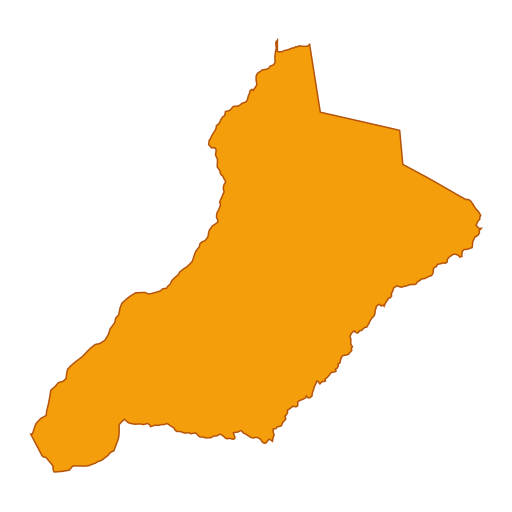 Arame, Maranhão, Brazil
{"feature_id": "56859067B58092431087788", "entity_name": "Arame", "entity_type": "district", "adm_level": 2, "iso_a3": "BRA", "parent_name": "Brazil", "parent_adm1": "Maranhão", "projection": "mercator", "projection_center": [-45.954, -4.991], "detail": "fine", "context": "isolated", "style": "filled", "palette": "amber", "viewbox_px": 512, "rotation_deg": 0, "n_neighbors": 0, "source": "geoboundaries", "source_scale": "gbopen_adm2", "svg_char_len": 5775}
<svg xmlns="http://www.w3.org/2000/svg" viewBox="0 0 512 512"><path d="M42.1,455.8L43.4,456.9L45.9,457.4L47.5,459.2L48.7,460.8L49.9,462.1L51.4,463.9L52.9,466.0L53.0,467.9L53.2,470.0L54.1,471.9L56.3,471.9L59.4,471.6L62.2,471.4L69.4,470.1L72.7,466.0L77.2,465.9L81.3,466.0L84.0,466.1L88.2,465.8L95.7,463.0L97.3,461.8L100.2,460.9L102.5,459.8L104.8,457.8L106.3,456.7L107.9,455.6L109.7,453.2L111.7,451.7L113.7,451.0L115.4,446.8L116.4,444.0L117.5,441.3L118.4,438.3L118.9,435.7L119.1,433.1L119.1,431.3L119.2,429.0L119.1,426.9L119.1,424.7L120.8,422.7L122.5,421.1L124.2,419.2L127.8,422.3L129.7,423.3L132.3,423.7L134.6,424.2L137.2,424.1L140.3,423.9L143.1,424.6L145.1,424.2L147.4,423.4L149.7,424.7L150.5,426.6L153.1,425.8L155.6,425.1L157.9,425.4L160.6,424.8L162.3,424.5L164.2,424.6L166.5,423.6L168.4,424.2L169.9,425.4L172.2,426.9L174.0,428.0L174.9,430.0L176.7,431.4L179.3,431.5L181.6,431.9L184.4,433.1L187.0,432.9L189.0,432.5L190.6,433.8L193.6,433.2L195.9,433.0L197.8,435.2L199.8,436.9L202.6,437.0L205.6,437.9L208.6,437.8L211.0,437.7L212.4,436.7L214.3,436.0L217.3,435.7L219.8,434.1L221.9,435.0L223.9,436.6L225.7,438.4L227.5,438.7L229.5,438.3L231.3,438.8L233.3,439.3L234.8,438.4L234.7,436.3L233.8,434.6L233.4,432.8L235.9,432.2L237.9,432.1L240.2,430.6L242.0,431.2L243.4,433.0L245.1,433.7L246.8,434.8L248.6,436.0L250.2,437.1L252.1,437.8L253.8,438.0L255.7,437.3L258.2,437.8L260.7,439.5L262.5,442.3L264.5,443.3L266.3,442.7L267.5,440.9L269.2,439.1L271.1,440.3L272.5,441.3L273.0,437.9L274.1,435.0L273.3,432.3L273.0,429.2L275.9,428.6L277.4,426.7L279.3,426.5L281.4,425.8L282.1,423.9L283.1,421.9L284.4,420.8L285.8,419.0L284.8,416.2L286.4,414.8L287.6,412.5L287.3,410.5L289.3,409.0L290.8,407.9L292.8,406.3L295.9,406.8L297.4,406.2L297.8,404.3L297.7,402.1L299.1,400.8L302.2,399.6L305.2,398.1L306.4,396.0L307.8,397.8L309.8,397.8L312.0,396.0L312.1,394.2L312.5,392.4L313.7,389.2L314.2,387.1L315.6,384.0L317.0,380.9L318.5,381.9L319.9,383.9L321.4,382.2L323.6,381.4L325.5,381.0L325.0,379.3L327.1,377.6L328.4,376.1L329.5,374.8L331.2,372.5L334.6,371.9L336.1,371.0L335.4,369.1L337.0,368.3L338.4,365.9L338.0,363.8L340.0,363.0L340.2,361.3L340.8,359.3L341.4,357.5L343.1,355.4L345.2,355.2L348.2,354.5L349.9,352.5L351.8,350.4L351.3,348.7L352.4,346.6L350.8,344.3L350.8,341.6L350.8,338.5L349.8,336.5L350.9,334.5L351.6,333.1L354.0,330.9L355.4,332.1L357.5,333.1L358.8,332.0L359.7,330.6L361.5,330.6L362.8,329.1L364.9,327.4L366.8,327.1L367.6,325.7L368.9,323.4L370.1,320.9L370.9,319.4L372.5,317.5L374.1,315.7L374.9,313.9L375.1,310.8L375.8,308.8L376.5,306.1L379.0,304.3L381.3,306.0L383.1,305.0L384.1,306.3L385.3,303.5L386.2,301.8L387.5,300.3L388.1,298.5L389.9,298.0L391.7,295.9L391.1,294.4L392.2,292.1L393.2,289.8L393.7,287.8L395.5,286.8L397.1,285.7L398.6,286.5L401.4,287.2L404.4,286.3L406.8,285.8L409.1,284.9L412.0,284.4L414.0,284.6L415.9,284.1L417.3,281.9L419.2,280.9L421.6,279.0L424.5,278.6L426.9,277.5L429.1,276.3L431.4,275.7L432.8,273.7L433.2,272.0L433.3,269.3L434.4,267.5L436.4,266.5L437.3,264.5L439.0,264.0L441.3,263.6L443.3,262.8L445.0,263.3L447.0,262.3L447.6,259.0L449.3,256.9L450.8,256.0L452.3,254.9L453.8,254.2L455.7,254.3L458.3,255.3L459.9,257.1L461.9,256.5L461.8,253.8L462.4,251.2L464.0,249.5L465.7,249.5L468.2,249.0L470.0,248.3L472.1,247.6L472.5,245.1L472.5,243.0L473.1,240.8L474.2,238.8L474.8,236.9L476.6,236.3L478.2,235.0L479.4,232.8L479.3,230.5L481.3,228.3L478.7,228.4L477.5,226.7L476.0,225.4L476.8,223.6L478.1,220.9L479.7,219.5L479.8,217.2L480.7,215.3L479.7,213.6L478.7,212.1L477.6,210.6L476.0,209.1L474.2,206.3L472.6,203.7L470.6,201.0L468.2,199.4L466.0,199.6L464.5,198.7L459.6,196.1L446.0,188.2L428.5,178.2L402.8,164.4L399.7,130.4L391.8,128.5L320.3,112.2L309.6,44.4L307.7,46.1L304.8,46.4L302.4,46.3L299.2,45.8L297.6,46.7L295.2,46.9L293.9,47.9L291.4,48.2L289.2,49.3L286.3,50.2L283.9,50.7L282.4,51.6L280.3,51.9L277.4,51.5L277.4,40.1L275.8,42.3L275.9,45.0L276.3,48.2L275.9,50.1L275.4,51.9L275.2,54.5L274.8,57.0L275.1,60.8L274.9,62.8L273.4,64.9L270.1,66.2L268.5,68.5L266.5,69.3L264.0,69.6L262.2,69.9L260.1,71.7L258.3,72.6L257.1,73.9L256.2,75.7L256.1,78.1L256.2,80.7L256.9,84.4L255.5,87.2L254.1,88.8L253.5,90.4L251.8,89.4L249.9,90.9L249.6,93.2L248.5,95.3L247.6,98.8L246.9,100.8L245.2,102.3L242.2,103.2L240.2,104.8L238.7,105.9L236.3,106.2L233.4,106.4L229.8,110.4L227.6,111.0L225.4,111.5L225.1,113.7L224.6,115.6L222.7,116.9L221.0,119.3L219.8,122.2L218.4,124.1L216.4,125.7L216.2,127.7L215.6,129.5L214.5,131.3L211.9,135.4L210.4,138.8L209.2,140.3L208.9,142.9L208.6,144.5L211.6,147.9L215.2,147.8L216.2,150.1L215.5,154.7L216.1,156.4L217.5,159.5L217.4,162.2L217.2,166.9L219.6,170.2L220.2,172.4L220.8,174.4L223.0,176.4L223.8,178.6L224.9,179.8L225.5,182.4L224.0,184.7L223.5,186.7L223.3,188.5L223.6,190.3L224.2,191.9L223.0,194.0L221.8,197.3L220.5,199.9L219.6,202.2L220.4,203.9L220.2,205.7L219.3,208.2L218.5,210.1L217.5,211.7L216.8,213.8L216.5,215.8L216.6,217.7L217.7,219.8L217.8,222.1L214.8,224.4L212.4,225.9L210.7,228.2L209.3,230.2L208.5,233.0L208.3,235.3L207.6,237.3L206.2,239.2L205.1,240.6L201.8,242.0L200.0,243.6L199.4,246.6L197.9,248.5L195.9,251.2L195.0,253.3L194.3,255.1L193.5,257.5L192.9,259.8L192.1,261.6L188.1,265.7L186.7,267.0L184.4,268.3L180.0,271.7L178.1,274.8L174.7,277.7L172.1,280.2L170.0,284.4L168.0,286.0L166.5,288.3L163.0,288.7L160.7,290.7L158.1,291.7L151.9,293.4L149.2,294.0L147.4,293.6L144.9,292.4L135.7,292.8L129.4,296.7L126.0,299.5L124.5,300.9L121.9,303.2L120.0,308.1L118.7,314.8L115.8,317.9L115.4,319.7L114.7,322.7L110.0,329.1L108.5,334.3L106.5,337.6L104.9,340.3L99.8,343.5L95.2,344.5L90.7,348.0L87.7,351.0L82.0,356.9L75.9,361.5L71.4,365.3L67.6,369.2L66.5,374.3L66.2,378.4L63.1,381.3L58.4,382.6L54.9,386.7L50.9,390.1L49.9,396.0L48.5,403.6L47.2,408.9L46.7,410.6L46.2,415.4L40.7,418.5L36.1,423.4L34.9,426.3L32.5,433.8L30.7,434.1L42.1,455.8Z" fill="#f59e0b" stroke="#b45309" stroke-width="1.5"/></svg>